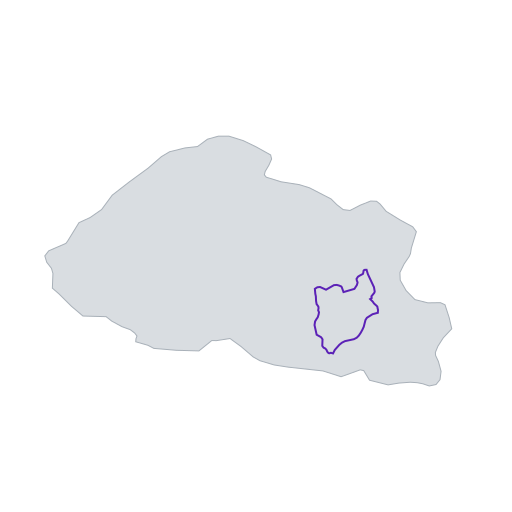 location of Mongar within Bhutan, rotated 12°
{"feature_id": "BTN-2490", "entity_name": "Mongar", "entity_type": "District", "adm_level": 1, "iso_a3": "BTN", "parent_name": "Bhutan", "parent_adm1": "", "projection": "albers", "projection_center": [91.21, 27.259], "detail": "fine", "context": "in_parent", "style": "outline", "palette": "violet", "viewbox_px": 512, "rotation_deg": 12, "n_neighbors": 0, "source": "natural_earth", "source_scale": "10m", "svg_char_len": 2517}
<svg xmlns="http://www.w3.org/2000/svg" viewBox="0 0 512 512"><g transform="rotate(12 256 256)"><path d="M406.6,221.6L405.9,224.7L402.5,233.1L400.2,242.2L402.1,249.7L410.0,258.6L420.5,265.6L433.8,266.1L446.1,263.3L451.0,264.4L457.8,276.2L462.6,286.5L456.2,297.1L452.7,306.4L451.5,313.0L452.3,315.9L456.3,321.2L461.0,330.3L461.7,338.7L458.8,344.3L452.5,347.1L445.7,346.3L440.1,346.4L433.1,347.4L422.2,350.6L412.0,354.6L392.9,353.9L385.2,345.7L381.6,345.7L364.3,356.4L345.3,354.5L310.8,358.0L296.4,358.8L281.6,357.6L274.2,355.3L260.3,347.7L247.7,342.1L234.9,347.0L230.3,347.9L219.9,360.7L197.6,364.8L175.3,367.6L168.8,365.8L156.2,364.9L155.8,361.9L156.2,359.0L153.4,356.6L148.3,354.2L139.6,353.0L128.5,349.7L122.0,346.5L99.2,350.7L86.0,343.6L71.1,334.0L63.5,329.8L61.0,315.3L58.5,310.6L52.6,305.6L49.4,299.8L52.2,294.0L67.4,283.2L68.6,280.7L75.9,260.2L85.7,252.9L95.3,242.7L102.7,226.4L116.8,209.7L132.2,192.5L142.8,178.5L149.8,172.0L164.0,165.1L176.0,161.1L184.3,151.8L194.3,146.6L204.5,144.4L219.5,145.8L233.7,149.3L249.3,154.1L251.1,157.9L249.7,164.6L247.4,171.4L247.3,174.9L249.7,176.8L265.0,178.2L283.7,177.2L294.2,178.2L317.6,184.6L324.4,189.0L331.6,192.5L338.5,191.9L347.4,184.6L356.7,178.4L362.5,177.4L366.6,179.4L374.1,185.3L389.5,190.8L403.3,194.9L407.8,198.9L406.3,215.9L406.6,221.6Z" fill="#d9dde1" stroke="#a8b0b8" stroke-width="1"/><path d="M367.0,246.5L369.2,250.5L377.9,262.0L379.4,265.8L379.5,266.3L379.3,267.5L377.3,271.4L377.9,273.1L376.6,274.4L379.6,276.3L381.3,277.9L384.6,279.8L385.2,280.3L385.5,280.9L385.6,281.4L386.3,282.8L386.6,283.5L386.7,283.9L386.7,284.5L387.0,286.2L382.1,288.7L377.3,293.4L376.4,295.8L376.1,302.9L375.7,304.6L375.4,306.0L374.4,309.3L373.1,312.5L371.5,315.0L369.1,317.0L360.7,320.8L358.1,322.9L356.0,325.5L352.6,331.5L351.6,335.3L349.4,335.1L348.0,335.9L347.4,335.9L346.3,335.4L345.4,334.5L344.5,333.2L343.3,332.3L342.3,331.8L341.3,331.7L340.2,330.8L339.5,330.1L338.4,323.7L336.9,322.2L336.3,321.8L331.7,320.4L327.6,311.4L327.4,307.7L328.2,305.3L329.1,303.2L329.2,302.3L329.4,300.1L329.3,297.9L328.1,296.2L328.0,293.9L327.8,293.3L327.5,292.5L325.7,290.8L325.3,290.5L324.1,287.5L322.9,282.9L321.9,280.7L320.4,275.9L322.2,274.1L322.6,273.8L325.1,273.0L331.5,274.4L338.3,268.3L341.0,267.5L343.1,267.6L345.5,268.0L346.3,268.6L349.1,273.1L359.1,267.7L360.7,263.5L360.9,261.0L360.7,260.4L359.8,259.2L359.1,257.5L360.0,255.1L361.3,253.8L364.3,251.3L364.4,250.2L364.3,247.9L364.7,247.3L365.3,246.9L365.8,246.8L367.0,246.5Z" fill="none" stroke="#5b21b6" stroke-width="2"/></g></svg>